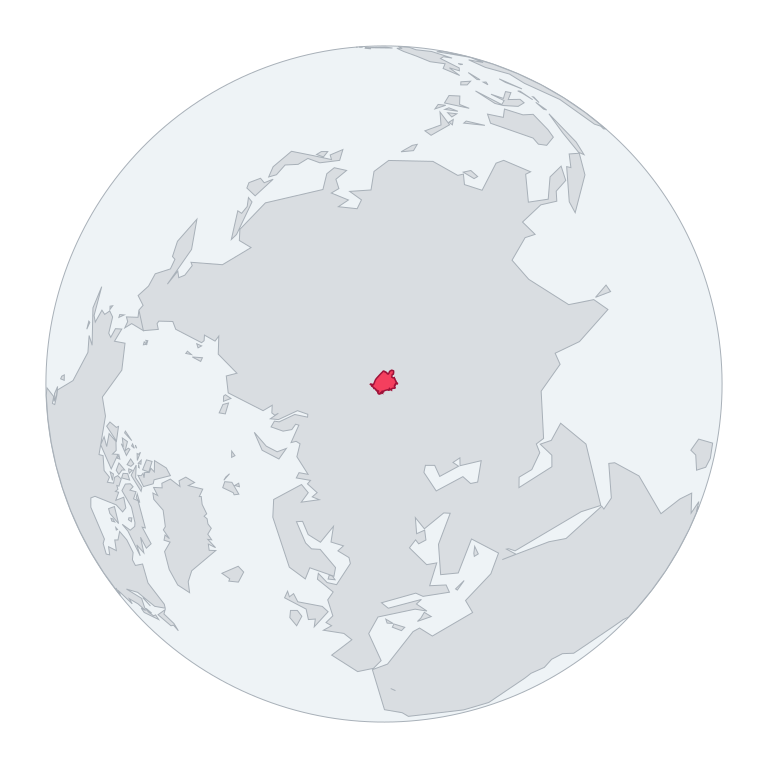 Pavlodar on an orthographic globe, rotated 254°
{"feature_id": "KAZ-3205", "entity_name": "Pavlodar", "entity_type": "Region", "adm_level": 1, "iso_a3": "KAZ", "parent_name": "Kazakhstan", "parent_adm1": "", "projection": "orthographic", "projection_center": [75.843, 52.234], "detail": "fine", "context": "on_globe", "style": "filled", "palette": "rose", "viewbox_px": 768, "rotation_deg": 254, "n_neighbors": 0, "source": "natural_earth", "source_scale": "10m", "svg_char_len": 14304}
<svg xmlns="http://www.w3.org/2000/svg" viewBox="0 0 768 768"><g transform="rotate(254 384 384)"><circle cx="384" cy="384" r="338" fill="#eef3f6" stroke="#a8b0b8"/><path d="M466.2,56.2L473.1,59.0L463.0,63.0L456.7,59.9L455.0,61.8L462.8,66.1L468.3,68.6L473.0,86.0L496.0,108.1L511.9,113.9L501.7,114.1L537.4,125.2L555.4,139.5L529.8,124.2L523.1,123.5L532.7,133.2L527.9,134.7L529.8,140.5L523.2,141.6L508.7,133.4L504.2,134.2L511.2,141.1L509.1,147.1L499.4,136.7L494.6,146.3L469.6,135.8L449.1,109.7L429.9,107.4L394.7,90.6L392.6,94.2L377.9,91.1L370.1,94.4L365.8,91.0L363.2,96.7L368.6,99.3L369.3,102.8L365.1,105.2L358.9,101.0L360.1,99.2L356.1,99.2L354.8,96.2L353.1,99.1L346.1,94.1L346.9,102.6L336.1,101.7L333.1,97.5L341.6,93.3L355.7,75.2L355.3,70.8L346.3,68.2L312.0,72.5L308.2,70.1L297.1,70.1L295.4,73.2L303.5,74.4L297.6,80.8L308.3,82.2L307.4,85.3L315.1,89.2L305.1,93.8L291.2,96.4L284.4,93.7L278.1,95.0L277.5,102.3L257.8,102.3L232.9,112.1L228.8,111.9L233.5,102.3L251.6,89.8L257.9,79.9L244.8,91.9L234.8,92.3L229.3,95.0L224.7,98.6L225.0,100.8L219.7,102.5L230.5,90.5L235.5,88.8L232.0,92.4L240.5,86.9L247.8,80.0L242.1,81.4L259.1,71.4L255.2,72.5L256.8,71.4L261.8,70.1L253.1,72.5L257.5,70.7L279.7,62.6L302.4,56.1L325.5,51.2L348.9,47.9L372.5,46.3L396.2,46.3L419.7,48.0L443.1,51.3L466.2,56.2ZM471.6,69.6L463.5,66.1L458.2,62.0L465.5,64.6L471.6,69.6ZM480.9,79.2L475.7,77.6L478.1,74.6L480.3,76.4L480.9,79.2ZM524.3,118.2L518.6,113.4L525.8,117.6L524.3,118.2ZM531.2,141.1L534.3,142.1L534.0,144.8L531.2,141.1ZM320.0,86.6L317.6,87.8L317.4,86.4L320.0,86.6ZM325.6,87.2L327.2,84.6L330.1,84.5L329.1,86.1L325.6,87.2ZM523.6,149.1L522.0,153.3L521.1,147.5L523.6,149.1ZM323.0,90.4L335.1,84.8L340.1,84.9L340.5,91.1L323.0,90.4ZM519.5,154.9L515.9,165.9L522.6,168.8L501.6,167.4L511.6,158.1L509.4,150.3L514.6,154.8L519.5,154.9ZM372.1,99.1L366.2,96.4L375.0,96.6L372.1,99.1ZM377.6,98.4L403.7,94.9L410.4,100.4L400.3,100.2L412.1,106.1L402.6,110.5L393.9,108.2L391.5,103.7L389.7,108.9L377.6,98.4ZM490.6,165.1L487.6,166.8L488.0,163.5L490.6,165.1ZM370.2,104.2L374.9,102.8L381.1,107.4L372.8,111.1L373.5,108.4L370.2,104.2ZM419.9,105.8L423.0,110.1L416.1,114.7L416.4,117.1L402.9,111.1L419.9,105.8ZM370.0,108.6L368.5,112.9L361.8,113.0L366.1,105.9L370.0,108.6ZM386.1,107.2L388.7,109.6L384.6,109.4L386.1,107.2ZM337.3,116.6L342.8,114.4L346.4,116.5L337.3,116.6ZM368.4,114.6L370.7,114.6L372.8,115.3L370.5,118.2L368.4,114.6ZM399.0,115.0L395.5,116.1L404.2,117.6L399.4,121.5L391.3,116.9L392.8,120.5L391.3,121.8L386.3,116.7L399.0,115.0ZM374.3,123.4L362.3,119.4L351.4,122.8L347.8,120.9L366.0,115.8L374.3,123.4ZM381.8,119.8L376.3,121.5L374.6,118.0L377.3,114.8L381.8,119.8ZM399.1,125.9L408.5,121.2L410.0,122.4L399.1,125.9ZM371.5,125.0L374.4,125.9L370.9,125.6L371.5,125.0ZM391.0,126.3L394.1,124.3L395.7,125.8L391.0,126.3ZM377.7,129.6L373.9,128.2L375.5,125.9L377.7,129.6ZM384.1,128.6L385.5,131.1L378.5,125.8L385.2,127.5L384.1,128.6ZM392.0,128.0L393.9,128.2L390.4,128.6L392.0,128.0ZM373.5,139.7L364.3,133.7L368.1,128.3L376.5,134.8L373.5,139.7ZM98.5,564.8L92.5,554.7L91.6,549.0L87.3,536.4L72.9,492.2L75.6,481.2L73.2,469.3L67.4,460.0L65.4,445.6L62.5,438.4L49.0,397.0L48.8,370.6L57.8,315.8L63.0,310.9L70.8,294.7L112.6,294.1L113.8,310.2L138.0,343.7L139.6,350.9L128.4,361.0L139.9,406.2L153.4,402.7L172.1,434.4L189.9,447.5L210.9,425.4L181.9,403.3L185.1,385.9L214.9,392.2L241.5,412.0L243.6,405.9L233.7,382.9L246.9,377.3L231.1,374.1L232.3,382.8L222.5,381.3L220.8,373.3L225.5,371.4L219.5,363.3L198.6,375.2L197.5,385.4L177.5,372.3L173.7,388.3L165.8,389.5L169.1,363.0L174.2,356.9L174.4,321.3L167.3,326.3L166.6,360.6L163.6,354.5L153.9,362.7L159.0,351.8L161.7,314.0L148.3,300.5L118.9,305.0L113.6,295.5L114.8,279.4L137.8,259.0L147.0,282.6L155.3,276.7L164.0,257.9L166.1,267.0L170.7,262.5L175.2,270.9L192.0,270.4L198.1,277.8L214.7,266.2L220.1,268.7L208.8,274.6L204.2,283.1L220.7,302.2L226.8,302.5L236.3,293.7L239.6,300.4L246.7,289.5L261.1,296.2L249.4,279.3L260.2,269.6L274.4,267.9L275.8,261.9L252.8,264.8L245.5,268.9L242.6,277.1L220.9,286.8L213.0,282.9L227.8,262.0L218.3,254.6L234.0,242.5L286.6,240.4L303.4,246.1L310.1,277.0L300.4,281.2L293.2,271.9L290.6,289.9L295.3,283.9L298.0,289.8L309.1,282.9L311.6,286.8L317.9,273.8L322.2,277.9L318.1,286.1L338.1,280.2L349.7,286.8L353.1,283.7L353.3,278.5L367.9,290.8L369.7,288.0L365.6,282.8L366.5,274.0L373.9,263.6L378.5,268.4L376.5,272.8L379.3,289.8L373.2,301.4L375.9,302.4L382.2,293.5L378.9,272.7L381.9,265.1L385.0,274.4L384.1,270.4L387.1,268.2L394.4,270.7L391.7,260.4L418.4,231.8L435.2,234.6L434.9,245.6L458.4,232.9L475.6,238.4L471.8,233.4L480.5,224.9L475.2,223.0L474.0,220.0L494.0,198.9L502.3,198.2L506.5,184.9L504.6,182.5L498.7,182.1L501.6,167.4L522.6,168.8L526.0,174.1L536.8,172.0L543.0,184.6L553.0,194.5L553.5,210.4L561.5,217.4L564.8,215.8L578.1,224.8L594.0,249.6L566.4,236.1L539.7,203.3L549.3,216.9L542.8,216.0L543.5,222.5L550.7,232.3L554.2,232.0L543.2,261.6L551.8,293.8L561.8,284.5L572.4,288.1L590.8,319.9L587.8,378.9L601.9,387.0L605.6,395.8L599.6,406.9L594.1,394.2L584.3,394.5L582.1,386.0L570.7,400.5L567.0,389.0L559.9,406.5L567.2,413.1L578.6,404.1L574.1,425.0L591.1,433.0L597.6,450.1L584.5,492.4L564.2,512.4L563.9,518.2L553.5,516.3L543.2,531.7L565.4,552.6L566.0,560.7L547.6,583.4L546.6,578.0L519.0,572.9L516.4,592.8L537.3,600.7L544.6,614.3L529.6,614.8L521.9,602.7L512.1,600.5L513.0,584.1L501.5,561.8L486.2,570.5L485.8,560.0L467.7,541.2L444.7,552.0L409.4,583.4L407.3,608.9L393.9,619.8L370.9,583.6L366.4,557.0L354.4,558.7L333.8,533.1L287.7,522.4L284.4,513.9L275.0,514.8L261.0,502.5L257.2,488.2L247.2,485.2L258.2,522.6L269.3,525.7L283.1,517.6L283.7,529.3L297.6,543.0L270.6,561.6L207.5,558.9L206.9,538.3L187.5,464.0L191.2,458.6L191.4,457.8L191.5,456.2L184.0,464.0L182.6,449.3L186.9,499.0L185.3,516.4L206.5,559.6L203.2,560.9L211.7,571.1L245.7,578.2L244.7,584.1L225.3,603.8L183.0,614.5L191.9,636.7L194.3,649.7L175.2,643.6L184.2,654.3L175.3,649.1L179.6,653.1L178.7,652.4L160.3,637.3L143.0,620.8L126.8,603.2L112.0,584.5L98.5,564.8ZM89.4,306.5L86.1,310.5L89.4,306.5ZM263.9,447.0L283.5,456.3L284.5,434.6L292.1,436.6L289.6,428.7L284.4,433.0L279.8,412.1L291.8,410.3L294.4,401.4L288.0,398.0L266.8,404.7L273.2,434.3L264.5,439.8L263.9,447.0ZM234.1,93.0L233.1,94.0L227.8,97.5L229.0,95.7L234.1,93.0ZM211.6,116.1L203.5,118.3L210.2,115.2L210.3,112.6L224.5,103.2L227.4,111.4L223.6,109.1L211.6,116.1ZM244.3,93.9L235.0,98.3L245.1,93.2L244.3,93.9ZM192.1,231.7L190.2,238.3L183.4,241.0L175.7,233.4L185.4,229.1L192.1,231.7ZM189.1,247.1L205.9,229.5L211.4,234.2L205.5,234.4L207.4,239.3L198.4,241.1L187.2,263.4L180.5,267.5L169.8,250.0L177.0,253.2L178.4,246.4L189.1,247.1ZM239.3,182.0L246.7,176.0L249.0,193.6L241.9,197.3L233.7,189.4L237.3,180.5L239.3,182.0ZM321.3,103.2L324.0,100.9L325.7,101.9L324.8,104.7L321.3,103.2ZM339.5,115.4L311.4,114.9L313.0,112.1L294.6,116.1L291.7,110.3L303.8,107.7L287.8,106.6L297.5,102.0L286.1,102.3L313.2,97.3L321.3,93.7L313.4,99.8L315.8,105.1L319.3,106.4L335.2,107.3L353.8,102.7L359.1,107.8L358.0,112.7L354.4,114.5L352.0,110.5L348.8,115.9L342.7,111.6L339.5,115.4ZM341.5,174.8L340.3,167.9L332.9,180.8L326.7,175.4L326.2,177.3L318.4,176.0L308.1,177.8L306.5,174.6L303.2,176.8L298.0,176.2L292.9,178.2L288.2,173.2L281.7,175.4L283.2,171.8L273.1,177.0L278.5,171.0L272.3,170.1L270.3,176.4L257.5,147.7L247.9,141.3L237.0,139.6L247.7,130.3L264.9,126.4L283.4,126.9L291.0,134.8L294.5,129.5L299.2,131.9L294.5,135.1L304.6,131.7L307.2,134.5L323.6,136.9L336.6,130.9L342.9,131.8L339.2,135.7L348.1,134.0L345.3,142.1L349.8,143.1L351.5,152.4L341.7,159.6L347.5,160.3L349.1,167.8L341.5,174.8ZM373.6,142.3L363.3,151.6L354.8,153.4L355.3,136.6L351.7,134.6L351.7,124.6L364.0,122.3L362.8,125.3L364.6,127.8L360.0,127.5L365.0,129.6L363.6,133.9L367.1,136.8L362.8,139.0L373.6,142.3ZM146.6,350.7L148.8,354.9L153.4,359.8L147.4,365.3L146.6,350.7ZM147.9,325.0L150.6,327.4L144.4,336.9L142.1,332.8L147.9,325.0ZM157.5,320.9L151.3,326.8L153.3,321.1L157.5,320.9ZM211.9,276.5L215.4,278.7L213.7,281.4L209.3,283.0L211.9,276.5ZM318.1,214.1L318.8,209.4L321.1,209.1L328.8,200.4L334.0,204.0L331.4,210.7L318.1,214.1ZM202.9,426.4L194.7,427.8L193.4,423.3L196.5,423.7L202.9,426.4ZM167.3,396.3L173.0,406.9L165.7,397.7L167.3,396.3ZM325.1,216.7L327.6,212.5L328.7,217.0L325.1,216.7ZM338.2,206.3L340.3,210.8L335.6,203.5L338.2,206.3ZM244.3,671.3L236.6,683.6L222.6,677.2L215.3,670.3L215.0,660.7L229.8,664.1L235.8,660.7L244.3,671.3ZM611.8,610.6L619.1,606.1L618.6,607.1L611.8,610.6ZM604.3,613.1L613.0,607.5L602.5,615.9L604.3,613.1ZM616.3,605.3L625.1,597.4L628.9,593.3L628.0,595.5L616.3,605.3ZM598.3,617.0L563.6,635.4L549.3,639.5L553.1,634.9L576.2,625.0L598.3,617.0ZM552.0,635.3L529.6,634.8L496.0,615.0L508.1,612.3L542.6,619.5L540.5,623.3L554.1,625.4L552.0,635.3ZM604.4,591.8L602.1,601.7L583.3,611.7L574.6,614.8L568.6,606.2L572.0,598.5L579.3,595.1L605.3,558.3L614.9,557.9L607.4,572.2L615.1,575.6L604.4,591.8ZM409.0,611.2L417.9,624.7L410.4,627.3L409.0,611.2ZM614.1,535.5L604.8,552.3L612.8,532.6L614.1,535.5ZM617.8,518.6L619.2,523.5L614.3,521.2L617.8,518.6ZM565.3,526.3L557.6,531.2L556.6,527.2L565.8,518.6L565.3,526.3ZM602.5,464.4L605.6,477.0L605.2,482.0L600.2,476.7L602.5,464.4ZM373.3,246.0L356.7,253.7L348.3,262.6L349.0,272.4L340.9,262.3L353.9,248.6L373.3,246.0ZM412.3,232.9L411.6,224.9L416.6,226.5L417.4,228.6L412.3,232.9ZM408.6,229.3L399.0,223.2L401.7,217.6L408.7,223.5L408.6,229.3ZM361.5,219.1L356.2,221.0L355.5,217.3L361.5,219.1ZM568.1,667.4L568.7,665.4L572.1,663.4L575.8,657.9L609.0,631.5L634.3,601.9L647.4,590.0L660.5,568.6L672.3,554.7L665.7,567.9L674.2,557.0L688.9,526.3L687.7,532.1L675.4,555.1L661.3,577.1L645.6,597.9L628.3,617.5L609.5,635.7L589.4,652.3L568.1,667.4ZM629.6,598.0L640.5,583.8L645.6,578.8L629.6,598.0ZM715.3,450.7L715.1,451.5L715.3,450.7L715.4,450.0L715.3,450.7ZM701.6,494.0L704.6,490.6L700.5,501.4L696.5,506.8L690.5,521.4L678.5,539.3L682.2,531.4L681.3,528.0L667.1,543.4L664.3,542.8L669.9,534.0L659.7,541.8L671.0,527.8L675.0,531.0L681.1,517.2L690.3,505.5L698.2,494.6L703.2,488.9L701.6,494.0ZM669.8,545.8L671.6,543.6L669.6,547.9L669.8,545.8ZM714.0,454.8L714.8,452.8L714.5,454.5L713.9,456.7L714.0,454.8ZM704.6,484.8L710.6,464.9L711.6,461.8L707.5,478.2L704.6,484.8ZM709.8,463.8L711.9,458.4L712.6,458.8L712.1,461.2L709.8,463.8ZM646.8,562.6L646.2,565.3L643.0,566.4L646.8,562.6ZM651.0,557.4L660.2,550.8L650.0,560.2L651.0,557.4ZM620.2,574.2L623.3,577.6L633.1,566.7L625.6,577.5L631.6,581.4L629.1,586.3L623.2,581.8L620.1,593.3L615.7,596.2L613.9,589.5L618.7,575.7L623.1,568.0L640.5,552.7L620.2,574.2ZM651.2,550.7L648.6,546.4L650.4,540.2L653.3,541.2L651.2,550.7ZM639.9,536.3L631.9,533.7L625.5,541.9L637.5,519.6L643.4,526.0L639.9,536.3ZM631.6,522.5L625.8,530.2L631.2,518.2L631.6,522.5ZM623.7,528.5L622.0,522.8L627.2,520.0L623.7,528.5ZM634.9,520.2L634.4,508.8L637.8,513.1L634.9,520.2ZM617.3,510.2L630.0,512.8L615.1,518.5L610.1,497.8L616.1,493.1L617.3,510.2ZM622.9,394.0L619.0,388.4L623.2,382.4L624.7,387.9L622.9,394.0ZM633.2,359.2L623.0,379.0L614.2,395.4L619.0,395.4L620.7,409.1L611.2,403.0L614.3,383.3L621.8,373.0L618.8,362.0L621.8,349.3L614.8,338.3L614.8,330.2L623.4,337.3L633.2,359.2ZM611.4,333.9L600.4,312.0L610.2,306.2L614.8,309.7L615.8,322.0L610.5,324.3L611.4,333.9ZM600.6,305.1L595.4,307.3L568.3,283.4L565.0,277.1L590.8,291.2L587.3,294.2L592.3,301.4L600.6,305.1ZM490.7,168.9L487.9,167.0L491.6,167.1L490.7,168.9ZM470.9,219.2L470.0,215.2L474.3,215.1L470.9,219.2ZM469.7,204.1L465.4,207.0L468.0,201.9L469.7,204.1ZM456.2,214.0L462.8,207.2L459.3,216.7L456.2,214.0Z" fill="#d9dde1" stroke="#a8b0b8" stroke-width="1"/><path d="M387.5,370.8L387.6,371.0L387.3,371.1L387.2,371.2L387.2,371.3L387.3,371.5L387.4,371.8L387.3,372.0L387.2,372.1L387.2,372.3L387.0,372.5L386.8,372.8L386.6,372.8L386.2,372.6L385.9,372.6L386.2,373.3L386.3,373.6L386.4,373.8L386.7,374.0L387.1,374.4L387.8,374.9L388.4,375.4L389.1,375.9L389.7,376.4L390.2,376.8L390.7,377.3L390.8,377.5L391.1,377.8L391.5,378.4L391.8,378.8L392.2,379.5L392.6,380.1L393.0,380.8L393.4,381.4L394.0,382.4L394.5,383.3L395.1,384.2L395.6,385.2L396.0,385.9L396.5,386.6L396.6,386.9L396.5,387.4L396.0,387.7L396.0,387.8L395.9,388.1L395.7,388.3L395.5,388.5L395.4,388.4L394.9,388.5L394.8,388.8L394.9,389.1L394.7,389.3L393.8,389.9L393.6,389.9L393.3,389.8L393.2,390.0L392.8,390.3L392.7,390.3L392.5,390.5L392.4,390.6L392.5,390.8L392.5,391.0L392.8,391.1L392.8,391.3L392.9,391.5L393.0,391.7L393.1,391.8L393.3,391.8L393.6,392.2L394.6,392.8L394.8,393.6L394.8,394.2L395.0,394.3L395.2,394.9L395.0,395.4L394.7,396.0L394.0,396.8L392.8,396.6L391.9,396.2L391.4,395.8L391.1,395.9L390.9,395.7L390.8,395.4L390.9,394.8L390.7,394.4L389.9,394.0L389.1,393.7L388.8,393.4L388.3,393.4L387.5,394.3L387.3,394.9L387.3,395.6L386.8,395.4L386.4,395.4L386.1,395.6L385.7,396.0L385.3,395.8L383.8,396.1L383.5,396.0L383.3,396.3L382.2,396.3L381.8,396.6L381.0,397.1L380.6,397.0L380.4,396.6L380.6,396.5L380.6,396.3L381.0,396.1L381.4,395.8L381.1,395.6L380.9,395.2L381.0,395.1L380.8,394.9L380.6,394.6L380.1,394.2L379.8,394.5L379.5,394.2L379.6,393.7L379.2,393.6L378.9,393.5L378.8,393.4L378.6,393.5L378.3,393.6L377.4,393.7L377.0,393.3L377.1,392.9L377.1,392.5L377.3,392.4L377.4,391.3L377.5,391.0L377.5,390.7L377.4,390.4L377.3,390.1L376.1,389.6L376.4,389.4L376.6,389.1L376.7,388.8L377.0,388.5L377.6,388.3L377.9,388.2L378.2,388.0L377.9,387.8L377.4,387.7L377.4,387.4L377.1,387.4L376.7,387.5L376.7,386.9L376.9,386.3L377.3,386.0L377.5,385.8L377.5,382.5L377.4,382.1L377.3,381.9L377.0,381.7L376.6,381.5L376.5,381.0L377.0,381.3L377.1,381.5L377.2,381.2L377.3,380.9L377.4,380.7L377.6,380.3L377.3,379.9L376.9,380.0L376.6,380.5L376.2,380.4L376.2,379.9L376.3,379.6L376.2,379.6L375.8,379.7L376.3,379.0L376.4,378.6L376.7,378.2L376.4,378.1L376.1,378.2L375.9,378.4L375.7,378.6L375.5,378.3L375.6,377.8L375.8,377.7L376.0,377.6L375.6,376.7L375.9,376.4L376.0,376.3L376.0,376.2L376.3,376.1L376.3,375.9L376.6,375.8L376.8,375.9L377.1,375.7L377.3,375.6L377.5,375.7L377.8,375.7L377.8,375.8L377.8,376.0L378.0,376.1L378.0,375.9L378.3,375.9L378.4,376.0L378.5,376.2L378.5,376.3L378.6,376.5L378.8,376.7L379.0,376.6L379.1,376.1L379.0,375.9L379.1,375.6L379.1,375.4L379.7,375.4L379.8,375.4L379.8,375.1L380.1,375.0L380.1,374.9L380.2,374.7L380.3,374.6L380.7,374.5L380.8,374.6L381.1,374.7L381.6,374.4L382.0,374.1L382.6,373.7L382.3,373.2L382.6,373.0L382.8,373.0L383.2,373.0L383.3,373.0L383.5,372.9L384.1,372.6L384.7,372.3L385.2,372.1L385.1,371.9L385.2,371.7L385.3,371.6L386.0,371.7L386.4,371.5L386.5,371.5L386.7,371.4L386.8,371.3L386.8,371.2L387.1,371.0L387.5,370.8L387.5,370.8Z" fill="#f43f5e" stroke="#9f1239" stroke-width="1.5"/></g></svg>